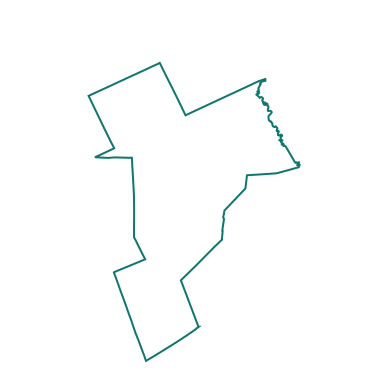 Urzicuta, Dolj, Romania (orthographic projection), rotated 334°
{"feature_id": "2599482B75769087144528", "entity_name": "Urzicuta", "entity_type": "district", "adm_level": 2, "iso_a3": "ROU", "parent_name": "Romania", "parent_adm1": "Dolj", "projection": "orthographic", "projection_center": [23.579, 44.001], "detail": "fine", "context": "isolated", "style": "outline", "palette": "teal", "viewbox_px": 384, "rotation_deg": 334, "n_neighbors": 0, "source": "geoboundaries", "source_scale": "gbopen_adm2", "svg_char_len": 5329}
<svg xmlns="http://www.w3.org/2000/svg" viewBox="0 0 384 384"><g transform="rotate(334 192 192)"><path d="M135.5,316.9L136.0,316.6L138.9,316.1L138.7,316.0L141.0,291.4L141.6,285.2L143.3,266.5L163.5,259.8L188.0,251.2L197.3,248.2L198.1,248.0L198.4,247.2L202.5,240.4L202.2,240.1L209.0,230.2L208.9,228.4L211.1,225.7L213.0,222.9L241.1,212.4L241.5,212.3L244.0,208.5L248.7,201.1L248.9,201.1L259.8,205.6L267.1,208.6L276.3,212.3L298.8,216.5L298.9,216.3L299.0,216.2L299.3,216.0L299.5,215.9L300.2,215.3L300.3,215.0L300.4,214.9L300.2,214.8L300.1,214.7L299.9,214.7L299.6,214.9L299.3,215.0L299.2,215.0L298.7,214.0L298.5,213.9L298.7,213.6L299.0,213.6L299.6,213.6L299.8,213.6L300.5,213.3L300.6,213.2L300.9,212.8L301.1,212.2L300.8,212.1L300.7,212.1L300.0,212.7L299.8,212.4L299.4,211.8L299.2,211.6L298.9,211.1L298.6,211.1L298.4,211.1L298.1,211.3L297.9,211.2L297.7,210.7L297.5,210.1L297.4,210.0L297.4,209.9L297.4,209.6L297.5,209.5L297.5,209.3L297.5,208.9L296.4,195.2L296.3,194.1L296.2,192.0L295.5,191.2L294.7,191.0L294.4,190.8L294.4,190.6L294.4,190.3L294.4,190.0L294.9,189.6L295.3,189.3L295.2,188.8L294.6,188.9L294.2,189.1L293.8,189.0L293.6,188.8L293.5,188.7L294.0,188.1L294.3,187.9L294.5,187.8L294.4,187.3L294.3,186.9L294.0,186.6L293.9,186.5L293.9,186.2L294.0,186.0L294.7,185.8L295.1,185.7L295.7,185.4L295.8,185.3L295.6,185.1L295.5,184.8L295.4,184.6L295.2,184.5L294.9,184.5L294.3,184.5L293.9,184.5L293.6,184.3L293.3,184.0L293.2,183.8L293.3,183.7L293.9,183.6L294.7,183.4L295.1,183.2L295.3,182.5L295.5,181.7L296.2,181.5L296.4,181.5L296.7,181.3L297.4,181.1L297.7,181.0L297.8,180.8L297.8,180.4L297.6,180.0L297.3,179.6L297.1,179.5L296.9,179.4L296.4,179.4L296.2,179.4L295.9,179.5L295.7,179.6L295.3,179.3L295.0,179.3L294.6,179.1L294.3,178.8L294.2,178.6L294.4,178.3L294.7,178.0L294.8,177.7L294.7,177.3L294.7,177.2L295.0,176.8L295.4,176.4L295.7,176.2L296.0,176.2L296.4,175.9L296.5,175.6L296.4,175.3L296.3,175.2L296.4,174.9L295.8,174.7L295.1,174.5L295.0,174.1L295.0,173.9L295.9,172.9L296.6,172.3L296.7,171.8L296.4,171.1L296.3,170.7L296.1,169.9L296.0,169.7L295.9,169.6L295.1,169.7L294.8,169.8L294.5,169.7L294.1,169.2L293.5,168.3L293.5,167.7L293.6,167.3L293.8,167.0L293.9,166.5L294.1,165.8L294.3,165.5L294.0,165.1L293.9,164.7L294.0,164.4L293.9,164.1L293.8,163.9L293.9,163.5L294.0,163.4L293.8,163.2L293.7,163.1L293.4,163.1L293.2,162.4L292.6,161.6L292.6,160.8L292.9,159.9L293.4,158.7L293.6,158.0L294.2,157.2L295.4,156.8L297.2,156.1L298.3,155.5L298.6,155.3L298.7,154.8L298.6,154.2L298.3,153.9L297.9,153.4L297.3,153.0L296.7,152.8L296.3,152.8L296.1,152.6L295.8,152.1L295.9,151.9L296.6,150.6L297.3,150.1L297.9,149.4L298.2,148.5L298.1,148.2L297.9,148.0L297.7,147.8L297.6,147.4L297.7,147.0L297.9,146.7L298.1,146.5L298.3,146.3L298.4,146.1L298.4,145.8L298.3,145.6L298.0,145.4L297.7,145.5L297.4,145.7L297.1,145.9L296.7,145.9L296.3,145.9L295.7,145.7L295.4,145.6L295.2,145.4L295.0,144.9L295.0,144.6L295.4,144.6L295.6,144.6L295.9,144.9L296.1,145.3L296.4,145.0L296.5,144.9L296.6,144.6L296.7,144.3L296.8,144.1L297.0,143.9L296.9,143.7L296.7,143.7L296.6,143.8L296.3,143.9L296.1,144.0L295.9,143.8L295.6,143.7L295.3,143.6L295.0,143.3L295.0,143.1L295.0,142.9L295.2,142.7L295.5,142.5L295.7,142.4L295.7,142.2L295.5,141.9L295.3,141.1L295.2,140.8L295.2,140.6L295.3,140.4L295.5,140.1L296.1,139.8L296.6,139.4L296.9,139.0L296.8,138.6L296.5,137.8L296.4,137.5L296.3,137.4L296.0,137.1L295.6,137.0L295.3,137.0L295.1,136.9L294.8,137.0L294.5,137.0L294.1,137.0L294.1,136.7L293.9,136.0L293.4,134.7L293.2,134.0L293.1,133.5L292.8,133.2L292.7,133.1L292.6,132.9L292.6,132.6L292.8,132.5L293.2,132.4L293.5,132.4L293.8,132.7L294.1,132.8L294.4,132.9L294.9,132.8L295.2,132.6L295.8,132.3L296.0,131.9L296.0,131.6L295.5,131.5L295.1,131.3L294.8,130.9L294.7,130.7L294.8,130.3L295.3,130.2L296.0,130.1L296.5,130.0L296.7,129.7L296.7,129.4L297.0,128.9L297.0,128.7L296.9,128.4L296.9,128.2L297.2,127.8L297.8,127.4L298.8,126.7L299.0,126.5L299.9,125.8L300.6,125.6L300.6,124.7L300.6,124.3L301.0,124.0L301.4,124.1L301.5,124.2L302.0,124.1L302.8,123.5L303.2,123.0L303.5,123.0L303.8,123.1L304.1,123.5L304.3,123.7L304.6,123.8L305.1,123.6L305.6,123.5L305.8,123.6L306.0,123.9L306.2,124.2L306.3,124.3L306.6,124.3L306.9,123.9L307.2,123.4L307.2,123.1L307.4,122.6L305.4,122.3L302.6,121.9L301.1,121.7L300.4,121.6L298.4,121.6L294.9,121.5L292.2,121.5L286.8,121.4L275.3,121.2L255.2,120.8L219.8,120.2L219.9,101.6L219.8,86.2L219.7,82.0L219.6,64.8L219.6,62.0L219.6,61.8L217.5,61.9L215.6,61.8L210.1,61.7L199.1,61.5L193.5,61.4L187.6,61.2L185.9,61.2L180.4,61.1L165.2,60.8L143.1,60.3L141.2,60.3L141.1,80.4L141.1,89.3L141.0,97.7L141.1,113.0L141.3,118.5L139.3,118.6L135.1,118.5L133.4,118.5L127.4,118.4L120.7,118.3L120.7,118.6L131.4,124.5L138.1,127.2L150.5,133.7L152.8,134.7L153.0,134.8L151.6,138.2L150.4,140.9L145.7,152.2L141.6,161.9L137.8,170.8L135.1,176.5L132.7,181.5L131.4,184.2L120.9,205.5L120.1,207.3L120.0,207.5L120.2,210.8L120.2,212.4L120.2,213.8L120.2,216.8L120.3,225.7L120.4,230.8L120.4,232.0L119.6,231.9L109.4,231.3L95.3,230.4L87.1,229.9L86.6,230.0L86.5,231.0L86.4,231.2L86.2,233.3L85.9,236.6L85.2,242.9L85.0,244.8L84.4,249.6L84.0,253.9L83.1,262.4L82.8,265.4L82.2,270.2L81.9,273.0L81.1,281.1L80.2,287.6L79.8,291.1L79.4,294.1L78.8,302.9L78.5,305.4L77.7,313.5L77.4,317.2L76.6,323.6L85.4,322.9L92.8,322.2L100.7,321.4L105.5,320.9L112.9,320.1L125.3,318.5L131.4,317.6L135.5,316.9Z" fill="none" stroke="#0f766e" stroke-width="2"/></g></svg>